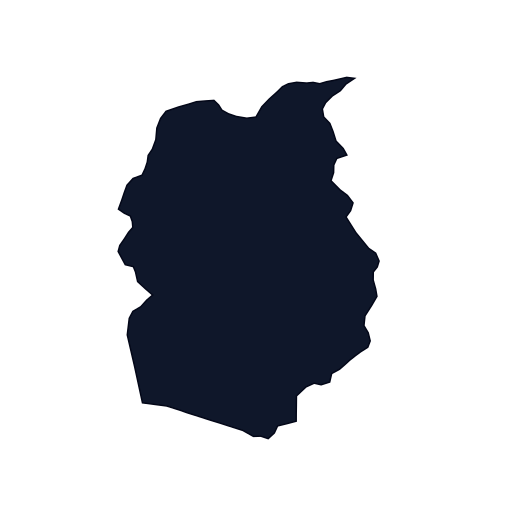 Gravatal, Santa Catarina, Brazil (Mercator projection), rotated 64°
{"feature_id": "56859067B54481618407288", "entity_name": "Gravatal", "entity_type": "district", "adm_level": 2, "iso_a3": "BRA", "parent_name": "Brazil", "parent_adm1": "Santa Catarina", "projection": "mercator", "projection_center": [-49.028, -28.349], "detail": "fine", "context": "isolated", "style": "filled", "palette": "ink", "viewbox_px": 512, "rotation_deg": 64, "n_neighbors": 0, "source": "geoboundaries", "source_scale": "gbopen_adm2", "svg_char_len": 1658}
<svg xmlns="http://www.w3.org/2000/svg" viewBox="0 0 512 512"><g transform="rotate(64 256 256)"><path d="M139.5,89.6L135.2,96.2L133.6,103.2L132.1,109.6L130.3,116.1L129.1,123.2L125.0,128.6L122.8,134.6L117.7,143.3L115.4,151.4L115.4,158.0L117.6,164.4L120.7,175.2L124.4,185.3L131.1,195.1L128.1,203.9L121.9,212.6L116.0,218.5L110.0,222.7L103.8,223.4L97.7,225.6L94.2,234.2L91.2,241.9L90.0,249.9L88.1,260.4L86.5,273.4L90.5,281.4L97.5,289.0L107.5,295.0L114.6,302.4L118.3,308.8L124.0,312.6L129.0,317.5L133.4,323.0L132.4,332.5L135.8,340.9L141.1,346.4L146.8,352.0L153.6,359.1L160.0,355.5L165.0,351.4L170.9,352.1L176.3,354.2L178.8,360.1L182.9,366.8L186.8,373.8L191.5,377.9L206.5,377.3L211.8,370.9L217.5,371.3L227.1,373.6L237.3,369.6L245.8,366.0L247.7,373.4L251.1,381.8L251.8,390.9L256.4,397.2L270.5,406.3L302.3,413.6L338.2,422.4L351.6,402.1L361.0,392.2L366.7,386.6L372.0,381.0L383.6,368.9L390.5,361.5L396.6,355.2L407.0,344.3L417.0,337.4L420.0,330.7L425.5,325.1L423.1,317.1L418.2,311.1L420.3,301.4L422.1,292.3L415.4,289.0L408.3,285.4L399.5,281.0L395.6,268.5L395.8,259.5L400.3,253.9L401.6,245.0L394.8,239.5L394.4,230.5L392.6,223.8L390.8,217.8L389.2,210.5L388.0,204.2L387.0,195.5L382.4,190.6L374.2,188.8L365.9,189.5L357.6,184.3L351.2,173.8L345.3,165.0L338.1,162.9L328.9,161.2L321.8,157.6L319.0,151.8L314.5,147.6L305.9,147.2L298.5,151.4L278.8,156.0L260.4,158.0L256.7,151.1L250.8,145.5L241.6,147.3L233.6,151.4L227.4,153.5L221.2,155.6L215.1,149.7L208.3,146.2L203.7,140.6L205.1,130.1L197.6,130.5L187.8,133.7L177.9,132.2L169.2,131.5L160.7,134.2L152.9,131.9L148.7,126.2L145.6,117.2L144.4,107.7L140.9,99.8L139.5,89.6Z" fill="#0f172a" stroke="#020617" stroke-width="1.5"/></g></svg>